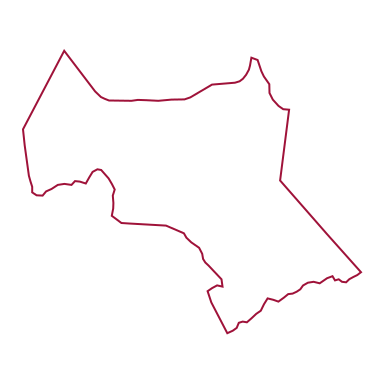 Jacaraú, Paraíba, Brazil (Natural Earth projection)
{"feature_id": "56859067B40843060287877", "entity_name": "Jacaraú", "entity_type": "district", "adm_level": 2, "iso_a3": "BRA", "parent_name": "Brazil", "parent_adm1": "Paraíba", "projection": "natural_earth1", "projection_center": [-35.265, -6.604], "detail": "fine", "context": "isolated", "style": "outline", "palette": "rose", "viewbox_px": 384, "rotation_deg": 0, "n_neighbors": 0, "source": "geoboundaries", "source_scale": "gbopen_adm2", "svg_char_len": 1424}
<svg xmlns="http://www.w3.org/2000/svg" viewBox="0 0 384 384"><path d="M95.1,91.4L64.2,50.8L49.2,79.4L23.0,129.3L24.7,145.4L28.9,175.8L30.5,181.5L32.2,186.8L32.2,192.4L36.6,195.3L42.6,195.6L46.1,191.4L51.5,189.0L57.8,184.9L64.4,183.9L71.5,184.9L75.0,181.1L79.8,181.6L85.8,183.5L89.3,177.3L92.6,171.9L97.4,169.3L101.2,170.0L104.1,173.3L108.6,178.4L112.0,184.2L114.7,189.5L112.8,195.6L113.4,203.0L113.2,208.5L111.8,215.8L121.4,223.0L129.0,223.5L166.0,225.6L183.9,233.3L186.4,237.7L191.2,242.3L199.1,247.8L202.2,253.8L203.1,259.0L205.3,262.5L208.6,265.6L213.2,270.5L218.4,276.0L221.5,279.3L222.5,286.6L217.1,285.4L212.1,288.1L207.6,291.2L211.3,302.4L227.3,333.2L232.8,330.7L236.7,327.9L238.8,322.8L242.7,321.6L246.9,322.3L251.4,318.4L256.3,313.8L260.8,310.7L264.0,304.2L267.6,298.4L273.3,299.8L278.4,301.6L283.8,297.7L288.2,294.1L292.6,293.6L296.7,291.7L300.3,289.3L303.0,285.5L307.9,282.7L313.6,281.8L319.7,283.3L327.1,278.2L332.5,276.2L335.0,280.4L338.7,279.3L342.0,281.8L346.1,282.3L349.3,279.2L353.3,277.0L357.2,275.1L361.0,272.2L327.0,234.1L280.1,180.5L289.1,109.7L283.2,109.2L278.5,105.9L272.8,99.6L269.5,93.0L269.3,84.2L263.9,76.5L261.4,71.3L257.6,60.0L251.4,57.7L250.0,65.6L248.9,69.7L246.1,74.8L242.9,78.8L239.6,81.3L235.0,82.7L212.0,84.6L190.3,97.4L184.5,99.4L171.6,99.6L158.3,100.8L146.3,100.2L137.9,99.9L131.5,100.8L109.0,100.5L104.7,98.8L100.9,97.0L95.1,91.4Z" fill="none" stroke="#9f1239" stroke-width="2"/></svg>